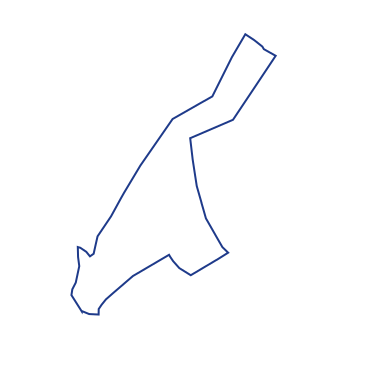 Sayat, Chardzhou, Turkmenistan (Equal Earth projection), rotated 214°
{"feature_id": "10190150B84447090793547", "entity_name": "Sayat", "entity_type": "district", "adm_level": 2, "iso_a3": "TKM", "parent_name": "Turkmenistan", "parent_adm1": "Chardzhou", "projection": "equal_earth", "projection_center": [63.688, 37.927], "detail": "fine", "context": "isolated", "style": "outline", "palette": "blue", "viewbox_px": 384, "rotation_deg": 214, "n_neighbors": 0, "source": "geoboundaries", "source_scale": "gbopen_adm2", "svg_char_len": 967}
<svg xmlns="http://www.w3.org/2000/svg" viewBox="0 0 384 384"><g transform="rotate(214 192 192)"><path d="M250.1,74.4L244.0,67.5L237.7,51.9L236.8,44.4L234.3,39.1L216.5,31.3L216.7,31.7L209.0,33.3L200.9,38.2L203.9,42.8L203.9,45.2L203.9,48.1L203.3,54.9L200.8,64.4L194.0,89.3L175.9,127.1L173.9,126.1L168.9,124.1L159.9,121.8L146.5,122.3L133.8,149.2L133.5,149.7L128.1,161.9L136.0,163.3L144.8,167.6L162.8,176.5L165.7,177.9L173.4,184.4L178.2,188.4L178.2,188.5L191.4,199.6L196.3,204.9L196.4,205.0L209.6,219.3L223.0,234.9L223.0,235.0L223.6,235.6L198.4,274.8L198.6,318.4L198.6,318.5L198.8,351.7L212.3,350.6L215.0,351.9L225.4,352.7L236.0,352.6L234.3,326.0L228.6,282.6L234.8,270.2L248.9,241.7L249.6,185.1L248.5,164.6L247.9,153.3L247.4,147.0L245.5,126.5L245.5,126.1L245.5,102.6L245.5,102.4L242.0,93.4L239.0,85.8L240.6,81.6L241.0,81.7L246.2,83.3L247.4,83.3L253.5,83.3L254.6,82.9L255.2,82.7L255.9,82.5L255.1,81.4L250.1,74.4Z" fill="none" stroke="#1e3a8a" stroke-width="2"/></g></svg>